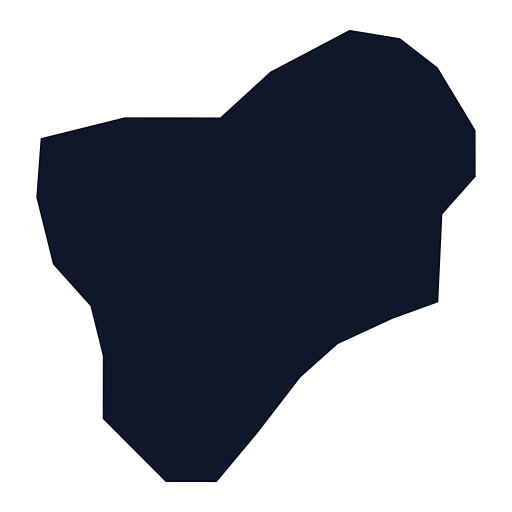 Tjörn, Västra Götaland, Sweden (orthographic projection)
{"feature_id": "70781695B41142122613038", "entity_name": "Tjörn", "entity_type": "district", "adm_level": 2, "iso_a3": "SWE", "parent_name": "Sweden", "parent_adm1": "Västra Götaland", "projection": "orthographic", "projection_center": [11.643, 58.001], "detail": "fine", "context": "isolated", "style": "filled", "palette": "ink", "viewbox_px": 512, "rotation_deg": 0, "n_neighbors": 0, "source": "geoboundaries", "source_scale": "gbopen_adm2", "svg_char_len": 399}
<svg xmlns="http://www.w3.org/2000/svg" viewBox="0 0 512 512"><path d="M349.7,30.7L270.6,72.4L220.6,118.2L124.8,118.1L41.4,138.8L37.1,197.2L53.7,264.0L91.2,305.8L103.6,355.9L103.5,418.5L166.1,481.2L216.3,481.3L258.1,431.1L299.9,376.8L337.4,343.4L391.7,318.3L437.5,301.6L441.6,214.0L474.9,176.4L474.8,130.5L437.2,68.1L399.7,39.0L349.7,30.7Z" fill="#0f172a" stroke="#020617" stroke-width="1.5"/></svg>